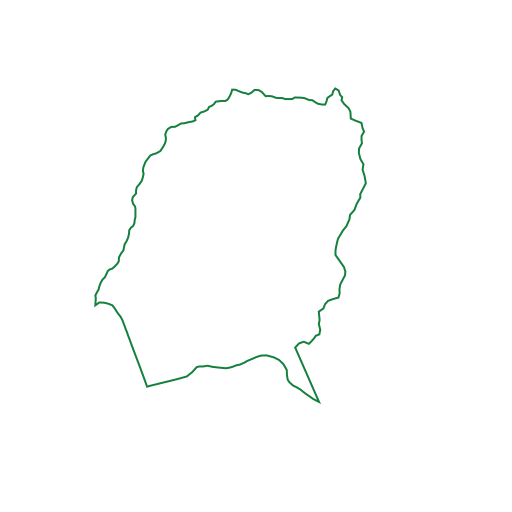 Rio da Conceição, Tocantins, Brazil, rotated 143°
{"feature_id": "56859067B79887168793854", "entity_name": "Rio da Conceição", "entity_type": "district", "adm_level": 2, "iso_a3": "BRA", "parent_name": "Brazil", "parent_adm1": "Tocantins", "projection": "albers", "projection_center": [-46.742, -11.308], "detail": "fine", "context": "isolated", "style": "outline", "palette": "green", "viewbox_px": 512, "rotation_deg": 143, "n_neighbors": 0, "source": "geoboundaries", "source_scale": "gbopen_adm2", "svg_char_len": 3051}
<svg xmlns="http://www.w3.org/2000/svg" viewBox="0 0 512 512"><g transform="rotate(143 256 256)"><path d="M94.0,293.8L91.7,298.8L93.1,301.1L95.3,304.6L97.6,308.7L96.1,310.9L93.8,314.4L93.1,318.4L94.1,324.1L94.0,328.9L91.6,330.9L91.9,334.1L90.4,338.4L91.9,342.1L95.1,341.2L98.0,339.0L101.0,339.2L103.8,339.3L106.6,337.1L109.5,335.3L112.0,337.1L114.9,340.3L116.3,343.6L117.3,346.6L119.5,348.3L120.9,350.6L122.4,353.1L124.6,355.2L126.7,356.9L129.5,359.2L132.7,359.6L135.9,362.0L138.3,363.8L139.9,366.3L142.1,367.9L144.7,370.1L147.1,373.9L149.9,376.4L152.1,377.8L152.4,380.4L152.6,383.4L154.0,386.8L157.2,389.5L161.8,389.2L164.9,389.9L166.4,392.5L168.2,394.3L170.0,397.1L172.3,401.1L174.9,403.2L178.0,400.9L181.5,399.1L184.4,398.0L187.1,398.2L189.5,400.1L192.6,402.0L195.3,403.5L198.1,402.6L201.2,402.6L203.8,403.3L206.5,401.9L210.4,402.6L214.0,403.9L217.8,403.2L221.2,403.6L222.7,400.9L225.7,401.6L229.8,403.7L233.7,405.3L235.9,406.9L239.8,407.4L242.9,407.9L246.0,410.1L249.8,410.5L252.6,409.5L255.4,407.6L256.9,404.5L258.8,402.3L261.3,400.5L264.4,399.1L269.2,397.4L273.9,398.0L276.6,399.1L279.9,399.9L284.1,398.7L287.4,397.8L289.7,396.4L292.5,394.7L295.1,392.1L296.3,389.3L299.1,386.9L301.8,384.9L305.3,383.7L309.7,382.7L312.1,380.8L314.2,378.1L318.9,377.2L321.4,375.1L322.8,371.3L322.8,368.3L324.0,366.0L326.5,362.8L328.9,359.6L331.0,357.9L333.5,355.3L336.1,353.9L338.8,353.9L341.7,352.9L344.1,350.1L347.0,347.7L350.5,345.7L353.9,344.4L356.2,342.3L358.5,340.3L362.0,339.3L366.1,337.5L369.0,334.2L371.5,333.3L374.9,332.7L378.3,332.4L381.0,333.3L383.5,333.2L385.9,331.8L389.6,329.9L392.5,329.6L395.8,328.3L399.1,326.2L402.0,323.9L405.2,322.6L408.1,321.1L409.4,318.6L411.6,316.1L414.0,313.3L409.1,313.2L405.4,310.1L402.7,306.8L400.4,303.1L400.4,298.9L400.7,295.3L400.8,292.2L400.7,289.1L401.3,285.1L402.8,280.1L404.0,276.2L404.9,272.8L406.1,269.2L407.3,264.9L408.5,261.2L415.8,236.2L417.2,231.6L419.0,225.6L420.0,222.4L421.6,217.2L416.8,215.3L413.2,213.7L406.1,210.7L399.2,207.7L391.6,204.5L383.6,201.4L380.3,201.6L377.1,201.6L373.9,202.2L370.2,202.9L367.8,201.9L364.7,199.6L360.6,197.4L357.7,193.9L352.9,189.3L347.5,184.4L344.9,183.0L341.4,181.6L337.1,180.4L334.2,178.9L329.1,177.8L326.3,177.5L320.9,176.1L316.6,175.1L312.0,173.5L307.4,170.3L302.8,164.4L300.2,159.3L299.2,153.5L300.0,146.5L302.9,142.3L305.1,138.2L305.3,134.9L304.3,130.0L302.7,127.0L301.0,122.9L299.4,116.7L296.3,107.2L293.5,101.5L279.8,159.3L274.2,160.3L269.5,158.8L266.6,154.0L262.6,154.6L259.1,155.3L256.4,156.3L252.6,155.3L249.1,158.4L246.7,164.0L243.8,166.5L239.3,173.8L233.8,173.5L229.8,176.0L225.4,176.8L220.5,175.3L215.2,173.2L211.9,175.6L209.2,179.4L205.8,182.6L196.5,187.0L194.0,189.8L192.4,194.3L191.9,209.0L189.4,212.3L187.1,214.6L182.1,218.9L179.9,220.5L171.1,224.1L165.8,225.4L159.4,229.0L156.2,232.2L152.8,232.9L149.6,233.6L144.4,236.9L140.8,238.5L137.6,239.8L135.5,242.7L124.5,248.0L121.1,254.7L119.0,260.7L115.0,264.6L114.3,270.5L111.8,276.5L108.9,279.9L103.5,282.3L101.8,285.3L99.5,288.3L94.8,290.3L94.0,293.8Z" fill="none" stroke="#15803d" stroke-width="2"/></g></svg>